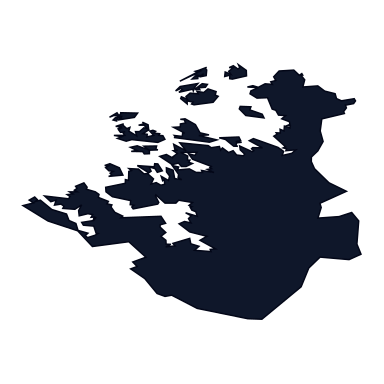 Flatanger nor, Nord-Trøndelag, Norway (Robinson projection)
{"feature_id": "86288312B80976394887598", "entity_name": "Flatanger nor", "entity_type": "district", "adm_level": 2, "iso_a3": "NOR", "parent_name": "Norway", "parent_adm1": "Nord-Trøndelag", "projection": "robinson", "projection_center": [10.814, 64.447], "detail": "fine", "context": "isolated", "style": "filled", "palette": "ink", "viewbox_px": 384, "rotation_deg": 0, "n_neighbors": 0, "source": "geoboundaries", "source_scale": "gbopen_adm2", "svg_char_len": 5993}
<svg xmlns="http://www.w3.org/2000/svg" viewBox="0 0 384 384"><path d="M261.9,319.2L301.1,286.8L308.8,268.0L320.1,257.1L349.1,259.6L361.0,254.2L356.9,244.1L358.7,220.9L351.7,212.5L339.1,216.6L317.9,218.1L321.2,207.5L319.9,203.3L346.4,191.3L329.0,182.8L314.5,168.7L311.3,161.6L311.4,157.0L317.8,150.9L323.1,141.5L320.2,131.0L321.8,118.9L344.4,113.5L343.6,111.6L346.4,107.9L345.4,105.2L353.6,103.6L355.5,100.9L354.2,98.7L341.5,100.8L336.5,98.6L335.1,93.7L324.7,91.1L317.8,85.9L302.8,87.0L304.7,79.8L301.0,75.3L302.7,75.1L301.8,73.6L299.3,75.3L293.8,70.1L279.1,71.0L273.7,76.8L275.8,80.5L270.8,81.8L272.4,84.4L265.1,83.8L258.3,87.3L252.9,85.7L247.4,87.0L258.3,87.6L250.9,90.9L250.0,93.8L257.0,98.1L267.5,97.7L272.2,109.1L275.8,110.3L278.5,115.1L285.6,115.6L281.7,118.8L289.4,121.7L289.9,124.4L287.5,125.4L290.3,125.8L290.0,127.9L284.4,126.1L284.0,130.9L280.1,129.3L280.3,133.0L276.2,132.8L277.1,134.2L273.8,136.2L285.6,146.8L283.2,147.9L286.6,148.8L285.9,150.7L295.9,149.8L291.8,153.3L282.1,155.5L283.6,151.4L278.0,147.4L253.4,138.6L249.3,140.7L262.6,147.9L252.7,147.6L251.5,148.8L253.8,150.7L252.1,151.7L239.7,146.0L240.3,149.9L244.7,154.1L243.4,155.8L236.6,155.0L233.1,150.7L228.6,152.5L222.4,147.9L220.6,150.2L219.4,146.5L211.2,147.7L208.2,145.6L179.8,142.8L186.2,150.9L173.7,144.3L174.8,149.2L177.8,150.2L173.3,150.7L177.4,153.5L172.3,157.2L173.3,158.3L166.4,154.5L159.8,156.4L172.3,164.6L178.5,163.1L181.4,166.5L186.1,166.5L192.4,163.5L188.7,162.3L189.9,160.2L187.5,160.1L187.7,156.0L180.4,152.4L197.0,152.3L194.8,155.4L188.5,153.7L192.6,159.3L211.3,166.4L209.9,167.5L211.5,168.7L207.4,169.4L214.0,172.5L201.6,170.5L202.5,172.5L196.0,172.4L189.4,168.9L177.5,170.0L178.7,167.0L172.3,165.6L178.6,174.4L178.1,177.5L181.8,179.7L174.7,178.6L173.1,170.2L166.4,167.8L166.5,171.9L169.6,176.0L168.5,180.5L161.2,176.3L162.7,180.8L164.4,179.8L164.7,184.3L160.8,185.2L156.2,182.6L151.0,184.1L153.5,178.9L147.4,173.5L144.0,173.9L138.5,169.1L129.0,168.6L131.5,170.6L128.8,171.4L128.5,180.3L125.4,179.6L125.3,183.3L105.7,187.3L106.0,191.8L112.4,196.7L130.7,200.6L130.2,204.7L133.9,205.3L131.8,207.0L133.2,208.9L157.7,204.1L158.8,202.4L155.4,195.9L155.9,194.9L165.0,203.1L175.9,203.1L178.7,200.2L192.5,202.5L189.0,205.4L191.8,206.7L190.2,207.2L191.8,210.1L195.8,211.7L197.3,216.3L185.6,212.8L191.2,215.8L188.5,218.6L191.0,222.9L184.5,221.5L179.1,223.8L189.7,231.9L206.9,236.3L200.0,240.3L215.6,248.9L210.2,249.4L211.1,251.6L194.5,250.3L199.0,246.3L190.8,243.8L189.7,238.4L172.9,243.4L175.1,245.9L165.6,246.9L170.8,244.3L166.1,244.2L165.9,240.3L160.9,236.3L165.8,232.5L160.0,227.0L160.2,224.8L165.6,223.3L161.0,216.3L120.9,217.8L122.7,216.1L114.8,212.3L111.0,207.0L111.9,204.9L106.9,203.8L108.4,201.4L98.3,197.4L99.0,194.4L95.3,191.8L86.3,189.2L87.1,187.2L83.9,182.9L75.6,186.3L77.1,188.4L74.4,190.2L77.2,191.8L69.6,191.9L72.9,193.9L67.2,194.6L69.9,196.4L68.7,198.8L44.6,196.0L50.8,201.7L56.2,200.1L54.5,205.1L61.0,204.1L64.0,206.2L62.8,208.4L74.9,209.3L81.7,204.8L78.6,210.6L79.2,215.8L87.9,213.7L92.7,214.6L91.1,217.3L94.2,217.0L93.6,219.0L96.2,217.1L93.9,220.5L81.7,222.4L83.4,225.2L93.8,226.1L96.1,233.2L98.0,233.5L94.9,235.3L87.6,237.6L85.2,235.6L87.9,233.2L78.0,230.4L75.9,223.5L69.0,220.5L66.5,214.0L51.8,209.5L40.4,200.2L35.3,201.5L37.3,199.6L34.7,197.0L29.2,200.1L33.6,202.9L23.0,205.6L48.0,221.0L77.7,230.8L92.4,246.5L128.8,241.7L145.9,257.2L132.8,262.0L137.1,266.5L130.7,268.9L144.8,278.6L157.1,293.5L165.0,296.4L171.7,295.2L197.2,308.4L247.8,318.7L261.9,319.2ZM148.1,124.8L142.4,122.2L144.2,123.8L138.6,125.2L144.0,125.2L147.6,128.7L143.9,127.8L139.5,131.6L135.5,131.6L136.7,135.9L128.8,131.1L129.9,127.4L126.8,128.6L122.3,124.6L123.7,123.8L115.7,126.4L122.0,126.7L117.5,128.8L122.5,127.5L118.6,129.8L120.5,132.4L125.3,131.7L122.6,132.2L124.8,135.3L113.9,135.4L121.7,136.7L117.5,138.4L126.2,141.2L131.8,139.6L157.8,142.4L164.9,139.3L162.9,135.7L158.8,135.3L159.6,133.7L153.5,133.1L155.6,131.3L152.9,130.3L149.8,131.1L153.7,135.4L146.8,136.9L147.3,134.3L142.9,133.7L148.7,129.9L148.1,124.8ZM185.1,118.8L180.3,119.3L184.2,119.7L185.6,123.0L180.4,123.9L180.3,126.9L173.5,127.3L184.9,133.2L182.7,132.9L182.2,136.4L174.4,135.5L175.7,136.9L174.0,137.5L209.4,142.2L216.9,139.9L198.6,135.5L209.0,134.9L200.0,132.8L195.4,124.6L185.1,118.8ZM216.1,91.6L208.0,88.9L203.8,92.5L197.0,91.4L198.3,93.8L190.1,93.1L186.0,96.5L187.4,99.3L181.4,96.8L180.7,98.6L187.2,103.9L187.1,100.9L193.1,102.1L191.6,104.0L194.0,104.8L213.1,102.3L218.2,96.3L215.2,95.1L216.1,91.6ZM246.3,70.4L238.5,64.8L239.8,67.6L237.9,69.0L233.3,65.7L229.2,67.6L233.3,67.7L228.7,71.3L230.9,74.3L225.2,72.0L224.7,76.5L229.8,75.2L229.7,78.7L232.4,79.1L246.5,75.9L246.3,70.4ZM250.9,106.8L240.2,106.4L239.3,108.9L245.8,115.5L264.0,117.9L262.2,114.2L249.8,109.9L250.9,106.8ZM156.6,146.0L144.0,146.2L149.1,150.1L137.2,145.8L130.4,147.3L136.7,150.4L131.2,151.4L142.7,151.6L144.3,153.9L149.4,153.7L149.4,150.2L157.9,149.9L155.8,149.1L156.6,146.0ZM109.9,163.7L104.7,165.5L108.4,165.9L105.6,167.6L108.9,170.8L113.3,171.4L110.1,173.2L111.9,175.3L108.6,176.4L122.9,175.1L119.4,167.8L109.9,163.7ZM197.9,83.5L180.2,86.5L175.6,90.9L180.8,88.4L182.3,89.5L178.9,92.3L192.7,89.2L193.3,90.9L194.5,88.1L195.8,89.5L199.8,89.7L198.6,87.8L205.4,87.3L207.4,84.4L202.2,83.7L195.8,88.5L194.5,87.3L197.9,83.5ZM137.6,113.1L120.1,112.7L121.4,113.3L118.9,115.6L117.0,112.8L109.5,117.2L113.9,115.5L122.6,116.4L115.4,117.7L113.1,120.0L116.7,121.0L117.3,118.3L119.2,117.8L121.9,117.8L117.9,120.0L134.4,117.4L137.6,113.1ZM238.9,137.0L219.2,137.8L225.5,139.5L233.7,146.2L237.8,146.3L235.8,145.5L236.8,142.8L241.7,142.3L235.6,141.6L240.6,140.5L238.9,137.0ZM206.7,67.3L198.0,70.6L200.5,71.0L197.2,72.8L197.5,70.7L195.3,71.3L197.3,72.2L179.8,81.2L193.4,74.8L199.6,75.5L194.3,76.9L192.1,79.0L197.8,78.6L198.0,76.1L199.4,76.3L203.8,73.7L201.2,76.6L206.2,75.6L206.7,70.0L205.1,68.1L206.7,67.3ZM157.8,163.9L154.7,163.7L154.2,166.8L137.3,165.6L148.8,172.8L151.1,171.2L149.2,167.0L155.0,168.6L157.3,172.3L162.3,170.8L157.8,163.9Z" fill="#0f172a" stroke="#020617" stroke-width="1.5"/></svg>